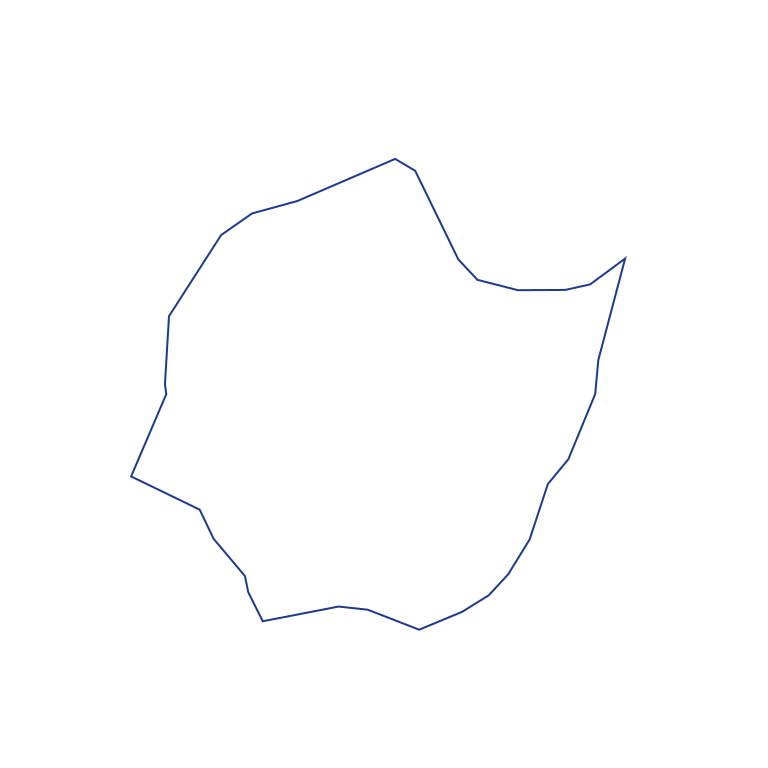 the Municipality of Postojna, rotated 313°
{"feature_id": "SVN-978", "entity_name": "Postojna", "entity_type": "Municipality", "adm_level": 1, "iso_a3": "SVN", "parent_name": "Slovenia", "parent_adm1": "", "projection": "orthographic", "projection_center": [14.172, 45.79], "detail": "fine", "context": "isolated", "style": "outline", "palette": "blue", "viewbox_px": 768, "rotation_deg": 313, "n_neighbors": 0, "source": "natural_earth", "source_scale": "10m", "svg_char_len": 550}
<svg xmlns="http://www.w3.org/2000/svg" viewBox="0 0 768 768"><g transform="rotate(313 384 384)"><path d="M556.2,238.6L561.2,261.4L525.8,353.4L523.9,381.3L543.9,417.9L576.3,452.3L597.4,466.8L640.2,474.8L547.7,524.4L520.7,545.3L454.8,570.1L422.5,572.1L369.7,596.5L329.6,604.6L300.9,604.7L270.9,596.6L228.3,577.3L207.8,526.0L190.3,502.6L127.8,457.1L139.2,426.6L148.7,413.3L154.6,364.9L166.4,334.9L143.9,262.1L228.1,231.7L234.5,223.9L287.0,180.5L381.9,163.3L418.8,171.2L458.7,195.8L556.2,238.6Z" fill="none" stroke="#1e3a8a" stroke-width="2"/></g></svg>